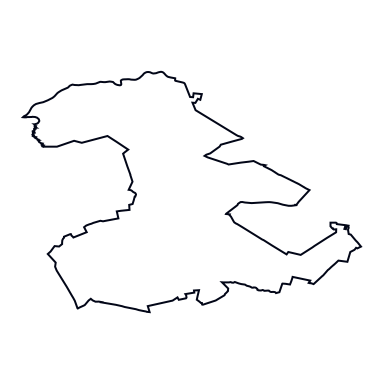 the district of Trikātas pag., Beverinas, Latvia
{"feature_id": "27541924B26543314591182", "entity_name": "Trikātas pag.", "entity_type": "district", "adm_level": 2, "iso_a3": "LVA", "parent_name": "Latvia", "parent_adm1": "Beverinas", "projection": "robinson", "projection_center": [25.698, 57.552], "detail": "fine", "context": "isolated", "style": "outline", "palette": "ink", "viewbox_px": 384, "rotation_deg": 0, "n_neighbors": 0, "source": "geoboundaries", "source_scale": "gbopen_adm2", "svg_char_len": 5662}
<svg xmlns="http://www.w3.org/2000/svg" viewBox="0 0 384 384"><path d="M149.6,312.1L147.8,306.1L172.6,300.6L177.5,297.4L178.8,299.8L186.0,298.3L186.5,297.6L186.2,295.4L185.4,294.1L194.3,292.6L194.0,290.5L199.0,290.2L197.6,296.0L196.8,299.7L199.4,301.6L201.0,303.0L201.9,303.0L202.1,304.5L202.9,304.7L215.7,300.5L224.4,295.3L224.6,295.1L225.0,294.0L226.7,292.4L227.4,291.6L227.5,291.4L227.8,291.3L228.0,290.9L227.9,290.7L228.0,290.2L228.2,288.5L222.0,282.3L223.5,282.4L228.8,282.4L230.8,282.1L231.5,282.5L232.3,282.7L233.5,282.7L234.8,282.0L239.0,283.5L241.4,284.1L245.0,284.6L246.7,285.7L249.8,286.5L252.1,287.7L253.2,287.7L253.8,287.4L255.5,287.6L256.3,288.0L256.8,288.7L257.3,288.9L257.9,289.9L257.8,290.0L258.3,290.3L260.6,290.5L261.4,290.4L262.6,290.0L263.6,290.3L264.2,290.8L264.7,290.8L267.6,290.6L268.8,290.6L269.0,290.7L269.5,291.3L270.1,291.6L271.0,292.0L273.8,291.9L275.1,292.2L275.7,292.6L276.0,293.1L279.4,292.2L282.3,283.7L282.5,283.6L285.5,283.8L290.0,284.5L291.3,281.2L292.3,278.2L292.6,276.9L310.2,280.6L308.7,282.9L309.9,283.2L310.1,282.9L313.6,284.1L322.5,275.9L323.1,275.5L327.9,270.0L329.0,269.2L331.5,266.8L335.2,263.6L338.4,260.6L347.4,261.8L350.3,252.0L354.5,249.8L356.1,247.8L357.3,248.4L361.0,246.6L357.5,242.3L355.8,240.6L350.8,234.6L348.7,234.0L348.0,229.7L348.7,227.8L348.3,227.0L348.6,225.7L346.8,225.4L345.9,229.2L344.4,228.9L345.6,225.2L336.8,224.1L336.7,223.2L336.0,222.7L330.5,222.7L330.5,226.3L331.9,228.0L333.0,228.4L332.9,228.9L333.8,229.5L336.2,229.3L336.1,232.3L327.0,237.9L314.4,246.0L312.6,247.3L300.7,254.9L288.3,252.0L286.6,254.4L271.9,245.4L263.4,240.0L262.5,239.7L241.9,226.9L237.1,224.0L236.3,223.7L234.3,222.4L233.7,221.5L230.9,216.5L229.5,215.1L229.8,214.4L226.0,214.0L226.1,213.8L237.2,205.3L237.7,204.7L238.0,203.8L240.5,202.1L242.3,202.0L244.9,202.5L251.6,203.1L266.2,202.2L269.5,202.1L271.6,202.3L277.8,203.2L282.9,204.7L288.6,205.8L291.4,205.8L296.0,205.2L295.8,204.9L296.4,204.9L298.7,201.8L309.5,190.1L305.8,188.3L299.0,184.2L281.0,175.3L278.5,174.6L271.6,170.1L263.8,166.2L263.7,166.0L265.2,165.2L263.8,164.9L260.8,164.6L253.6,161.0L248.7,161.7L241.0,162.6L228.6,164.5L227.1,163.8L207.7,157.4L204.6,155.9L206.3,154.7L210.2,153.4L219.6,146.6L220.8,144.7L232.6,141.4L241.9,138.9L242.9,138.2L241.3,137.1L240.0,136.5L237.9,135.9L236.6,135.2L195.6,110.2L192.5,102.7L195.4,102.9L197.9,98.8L200.3,99.8L201.8,94.1L193.6,93.3L193.1,97.2L190.1,97.0L185.0,84.1L184.4,83.2L183.7,82.8L182.7,82.5L175.4,80.8L175.1,80.4L175.2,78.3L170.8,77.5L168.6,77.0L167.5,76.6L166.0,75.4L164.4,73.6L163.6,72.8L162.7,72.2L161.7,71.9L160.3,71.9L158.5,72.3L156.0,73.2L153.5,73.5L152.4,73.3L149.9,72.2L148.1,72.0L146.8,72.1L145.4,72.6L143.9,73.6L142.6,75.2L139.5,78.0L137.6,79.0L135.9,79.7L134.3,79.8L131.0,79.6L129.7,79.3L128.2,79.2L123.1,79.4L122.1,79.7L120.9,80.5L120.9,81.4L121.3,84.1L121.0,84.9L120.4,85.2L119.6,85.3L117.3,84.9L116.0,84.4L114.9,83.8L113.0,82.0L111.2,81.7L109.7,81.5L105.5,82.1L103.4,82.1L101.3,81.9L100.0,81.9L95.7,83.6L93.4,84.0L91.6,84.1L89.9,84.1L87.4,84.1L80.0,85.0L78.9,85.2L74.6,85.0L72.5,84.6L71.4,85.0L69.9,85.7L69.2,86.3L68.4,87.2L67.7,87.7L61.5,90.4L58.6,92.2L57.4,93.1L54.5,96.3L52.5,97.9L47.8,100.3L43.2,102.2L39.5,103.0L36.0,104.0L34.0,105.2L32.7,106.4L31.6,107.6L29.0,112.3L27.1,114.4L26.1,115.2L23.9,116.3L23.0,117.2L24.0,117.3L26.3,117.3L27.2,117.1L31.8,117.0L32.3,116.8L35.1,117.0L37.1,117.7L38.8,119.2L39.1,120.1L39.3,120.9L39.2,121.3L38.2,122.8L37.1,123.6L35.4,124.1L34.8,124.3L34.5,124.3L34.8,124.5L35.2,125.3L35.5,125.3L34.8,125.5L35.1,126.0L34.9,126.2L34.8,126.5L35.0,126.6L35.5,126.6L35.7,126.2L36.0,126.2L35.8,126.8L35.7,126.9L35.3,126.9L35.2,127.0L36.1,127.6L35.1,127.6L35.3,127.9L35.5,128.0L35.4,128.4L35.6,128.8L35.4,128.9L35.1,128.5L34.9,128.5L34.4,128.7L34.2,128.8L34.3,129.2L34.1,129.3L34.1,129.5L34.3,129.7L34.3,130.2L33.8,131.2L33.4,131.2L33.6,131.5L34.3,131.3L34.2,131.7L33.7,131.8L34.0,132.1L33.4,132.2L33.8,132.6L33.1,132.6L32.8,132.9L32.8,133.2L32.9,133.5L33.6,134.2L33.5,134.4L32.9,134.7L33.2,134.9L33.3,135.1L32.7,135.4L32.7,135.6L32.7,135.9L33.4,135.9L33.2,136.2L33.3,136.3L33.6,136.3L34.0,136.6L34.2,136.4L34.4,136.5L34.4,136.8L34.9,137.2L34.8,137.5L35.0,137.6L35.4,137.5L35.6,137.3L35.6,137.1L36.2,137.2L36.0,137.7L36.2,137.9L36.0,138.3L36.4,138.4L37.2,139.0L37.4,139.6L38.1,139.6L38.1,139.9L38.7,139.9L38.7,140.2L39.0,140.3L38.5,140.5L38.4,140.8L38.6,141.0L38.9,141.5L39.3,141.9L39.3,142.2L40.2,142.6L40.9,143.2L41.4,143.3L41.2,143.4L41.3,143.6L41.6,143.3L42.0,143.4L42.1,143.7L42.0,143.9L42.1,144.0L42.8,144.1L42.8,144.3L42.4,144.4L42.3,144.6L41.6,144.6L41.6,144.8L43.4,145.3L42.2,146.2L42.2,146.3L42.3,146.4L42.8,146.5L43.5,146.8L43.6,146.7L56.9,146.7L74.1,140.8L81.8,142.8L107.5,136.0L116.2,141.6L128.2,149.6L124.6,152.4L123.1,153.7L127.4,166.5L130.4,174.7L130.3,174.9L132.5,181.7L128.7,189.8L130.0,190.0L131.3,190.4L132.0,190.9L132.6,191.5L133.5,192.2L134.9,192.8L135.6,193.5L136.0,194.4L135.9,194.9L135.3,196.5L134.9,196.4L134.7,196.6L133.8,200.1L132.6,204.0L129.2,204.9L129.5,209.9L120.8,210.8L116.8,211.4L118.4,218.4L103.0,221.3L100.4,220.8L93.3,222.9L91.5,223.7L89.4,224.3L86.3,225.5L84.1,227.2L86.7,232.2L73.4,237.5L72.9,236.8L71.5,235.6L70.9,234.1L70.4,234.1L64.0,236.7L64.0,237.7L63.1,238.7L62.3,240.3L62.1,242.7L62.1,244.1L59.1,246.5L54.6,246.1L50.6,251.5L47.8,254.0L51.4,257.9L55.7,262.6L55.1,266.7L56.7,270.6L66.8,286.9L72.3,296.4L73.0,297.5L74.8,300.8L77.5,308.3L77.8,308.5L79.3,307.6L83.5,305.7L84.7,305.1L85.5,304.2L88.6,300.5L90.8,298.8L92.7,300.4L95.5,301.7L98.8,301.6L101.8,302.1L101.5,302.4L115.8,304.8L122.1,306.2L124.7,307.0L135.9,309.2L138.9,310.1L142.8,310.9L146.1,311.5L146.7,311.8L149.6,312.1Z" fill="none" stroke="#020617" stroke-width="2"/></svg>